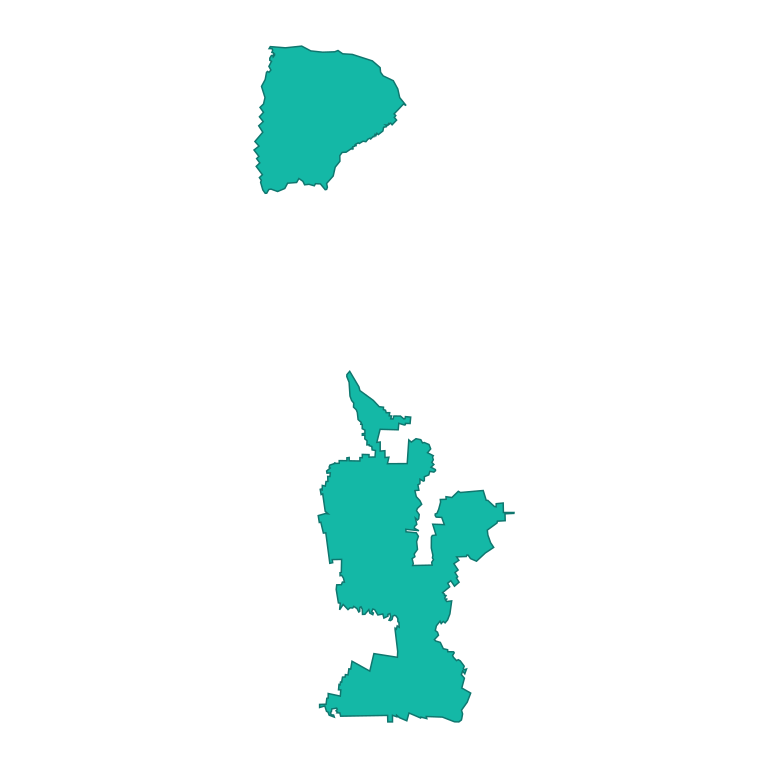 outline of Mecayapan, Veracruz, Mexico
{"feature_id": "50627088B77395732347793", "entity_name": "Mecayapan", "entity_type": "district", "adm_level": 2, "iso_a3": "MEX", "parent_name": "Mexico", "parent_adm1": "Veracruz", "projection": "natural_earth1", "projection_center": [-94.816, 18.315], "detail": "fine", "context": "isolated", "style": "filled", "palette": "teal", "viewbox_px": 768, "rotation_deg": 0, "n_neighbors": 0, "source": "geoboundaries", "source_scale": "gbopen_adm2", "svg_char_len": 6095}
<svg xmlns="http://www.w3.org/2000/svg" viewBox="0 0 768 768"><path d="M466.5,669.0L464.0,669.8L463.3,668.6L464.2,666.2L460.3,660.9L458.3,659.7L456.5,660.6L453.3,657.1L452.6,655.4L454.2,652.9L453.6,651.8L447.8,651.7L447.6,649.7L443.3,648.7L440.3,642.4L435.7,641.0L434.4,639.6L438.5,635.2L437.5,632.2L435.3,630.5L436.4,625.8L440.0,621.2L441.2,623.6L443.2,621.4L445.1,622.9L447.6,619.9L449.9,613.9L451.7,600.9L446.7,601.5L445.6,600.1L447.4,598.5L445.7,599.9L444.7,598.0L446.0,595.6L444.5,595.4L444.6,594.3L442.6,592.6L449.7,586.8L447.7,583.2L450.8,580.7L454.5,586.2L459.1,582.2L456.4,578.0L457.7,576.8L455.0,572.5L458.1,570.0L453.9,563.7L458.9,560.3L456.6,556.9L466.3,556.5L467.0,555.0L468.2,555.2L470.5,558.6L476.5,561.2L485.3,553.0L493.7,547.4L490.6,542.7L487.9,535.1L487.3,530.1L497.0,523.0L497.4,521.2L505.2,520.7L505.0,513.8L513.9,513.4L514.0,512.5L503.4,512.5L503.2,503.0L496.2,503.7L496.1,506.8L494.4,506.5L487.8,500.4L486.2,500.3L483.2,490.5L460.4,492.5L458.3,491.3L451.9,497.5L446.0,496.7L446.1,499.3L440.3,499.5L440.6,502.1L438.7,509.2L437.0,513.3L435.2,514.0L435.2,515.6L436.2,517.1L441.7,517.4L444.3,524.6L432.7,524.2L436.0,535.0L432.3,535.5L431.4,537.1L431.3,548.0L432.9,555.3L432.4,557.9L433.5,559.6L431.7,562.3L432.1,565.1L412.6,565.5L413.3,563.6L412.1,558.6L414.9,556.7L414.2,554.0L417.5,549.4L416.6,541.6L418.4,536.3L416.3,532.8L406.0,531.8L405.8,529.3L418.9,530.7L414.3,528.2L414.7,526.3L416.8,524.4L415.4,518.1L417.5,520.0L418.7,518.8L419.2,514.5L416.5,510.7L417.4,508.4L421.7,504.3L419.9,500.6L416.3,496.7L414.9,490.6L418.9,490.2L417.9,484.8L419.9,483.7L420.0,479.2L423.3,481.1L424.3,480.7L424.4,476.7L428.8,474.9L429.8,471.4L433.9,472.1L435.5,470.7L435.4,469.6L431.0,467.2L433.9,464.5L431.8,462.4L433.3,459.8L432.5,456.9L433.3,455.7L427.5,452.7L430.7,448.9L429.0,444.5L424.2,442.5L422.5,442.9L420.8,439.7L416.0,438.7L411.3,442.1L408.8,439.9L407.2,463.6L387.4,463.7L388.9,457.2L385.0,457.5L384.9,450.7L380.2,451.1L380.2,442.0L376.8,442.4L380.1,429.3L398.2,429.8L398.8,423.3L404.3,425.0L405.3,424.7L405.4,423.4L410.1,423.5L410.7,417.1L405.4,416.6L405.0,418.7L403.8,418.9L400.5,416.1L393.9,416.0L393.0,419.0L390.7,418.8L391.6,416.0L389.2,415.8L389.7,412.7L386.2,412.7L385.5,410.2L383.4,409.6L383.5,407.2L379.2,406.7L373.3,400.4L359.9,390.6L358.9,386.8L349.7,371.3L346.9,374.6L346.8,376.6L349.1,382.3L350.0,396.1L351.6,400.5L353.7,403.0L353.5,407.1L356.2,409.7L357.3,412.4L358.1,419.6L361.2,422.4L360.8,424.3L362.2,424.4L362.2,428.7L364.9,430.1L364.9,433.3L362.3,433.7L362.3,435.3L364.9,435.1L364.8,438.9L367.0,440.6L366.9,444.9L369.2,444.7L369.2,445.7L371.8,446.5L372.1,449.9L375.5,450.5L375.0,457.0L369.0,457.1L369.0,454.6L362.3,454.4L362.3,457.7L359.9,457.6L359.9,461.0L349.2,460.8L349.2,457.5L346.9,457.8L346.9,460.7L339.2,460.6L339.2,463.3L335.5,463.4L334.5,462.4L334.8,463.4L329.9,465.1L329.1,467.1L330.2,468.0L326.6,471.0L327.0,473.2L330.3,472.9L329.9,476.5L327.7,476.4L327.9,481.4L326.0,481.5L325.3,486.1L322.3,485.4L322.2,490.8L322.0,488.8L320.2,489.3L321.1,494.6L322.7,493.9L325.2,511.3L328.1,513.8L325.5,513.5L318.2,515.6L319.3,522.5L320.8,522.2L323.4,533.1L325.8,532.8L329.8,563.3L332.7,562.7L332.2,559.6L341.6,559.4L341.3,572.4L340.0,572.7L340.1,575.7L341.6,575.3L343.4,578.0L344.4,582.1L342.4,582.1L341.4,584.7L336.7,584.8L336.2,589.4L338.4,602.9L340.3,603.2L339.6,609.8L343.2,604.5L348.0,609.6L350.1,607.8L352.7,608.0L353.8,606.4L357.0,608.6L358.8,612.0L359.7,611.4L359.9,607.4L361.0,606.8L362.3,609.3L362.5,614.4L364.9,614.3L368.8,609.6L369.8,613.1L372.8,614.7L373.4,613.0L371.6,611.7L372.9,609.0L374.7,609.7L377.9,615.0L382.8,614.0L383.9,618.1L388.0,616.1L387.9,614.4L389.9,613.6L390.7,616.8L389.0,620.2L390.5,620.6L392.1,619.4L392.9,616.1L394.6,615.3L396.1,616.0L397.8,618.5L397.9,621.7L398.9,622.3L399.2,627.2L397.2,625.9L396.4,629.2L395.1,628.1L395.0,628.9L397.7,651.5L397.4,657.3L373.9,653.6L369.8,671.1L352.0,661.2L350.7,669.1L348.9,668.8L348.0,674.9L345.4,674.6L345.1,677.0L342.5,677.1L341.6,682.2L340.5,682.0L340.0,684.9L339.0,684.5L338.5,689.8L340.8,689.9L340.3,696.1L328.2,693.5L328.2,698.0L326.8,698.3L326.1,704.2L319.6,704.4L319.6,707.5L324.8,706.0L326.5,711.3L328.0,712.1L329.2,715.2L334.3,717.1L333.6,715.0L331.2,714.8L330.4,712.3L331.4,711.8L331.8,708.9L336.6,708.1L337.3,709.3L336.0,710.8L337.4,712.0L336.9,712.8L339.9,713.0L340.6,716.2L387.6,715.4L387.8,721.9L392.5,721.9L392.5,715.3L396.8,716.8L396.7,715.3L399.5,717.7L406.8,720.8L409.0,713.0L420.6,718.0L420.9,717.1L426.8,718.6L426.3,716.5L442.4,717.1L454.5,721.8L458.9,721.9L461.4,720.0L461.8,718.3L462.6,713.9L461.5,710.2L467.2,702.2L470.7,693.1L461.8,688.0L464.4,678.2L461.4,674.7L462.6,671.0L464.8,673.8L466.5,669.0ZM314.3,185.8L315.5,183.7L320.4,183.9L325.2,189.7L326.6,189.4L327.4,187.2L326.6,183.5L333.2,176.0L335.2,167.2L339.9,161.3L339.8,155.6L342.2,152.4L346.1,152.2L351.2,148.7L352.0,149.1L352.2,148.1L353.0,148.5L352.8,146.8L354.8,146.2L354.8,145.2L356.1,145.5L355.9,144.1L358.2,142.9L359.3,143.5L363.0,141.2L365.9,141.7L368.0,139.1L370.0,138.2L370.7,139.0L373.0,136.6L373.9,136.8L375.0,134.5L375.8,135.8L376.9,133.3L378.3,134.6L382.9,131.0L383.6,127.3L386.4,126.7L386.8,125.9L385.7,125.0L387.6,125.2L389.2,122.8L389.0,124.4L390.7,123.1L392.1,124.8L396.6,120.1L394.3,117.4L395.8,115.6L394.1,113.9L403.4,104.1L406.1,105.5L399.7,97.6L397.8,89.0L393.3,80.7L383.2,75.9L380.6,72.3L380.1,67.6L372.4,60.9L352.3,54.4L342.7,53.8L338.0,50.5L334.7,51.8L322.7,52.2L310.8,50.9L301.7,46.1L285.4,47.8L270.3,46.6L269.1,48.6L272.0,48.7L272.7,50.1L271.9,52.4L273.4,52.7L273.6,54.9L274.5,54.2L274.6,55.1L273.2,56.9L272.9,55.5L271.4,55.5L269.8,58.1L269.8,60.3L271.5,61.3L268.9,66.4L270.9,70.0L269.0,72.3L267.5,71.4L266.5,72.4L265.2,79.5L261.5,86.4L265.0,97.6L263.5,104.0L260.0,107.4L263.5,112.3L259.4,116.8L263.2,121.6L258.7,125.8L262.8,132.2L254.9,141.5L259.0,146.1L254.0,150.0L258.9,156.4L256.6,158.6L259.8,162.9L256.2,166.4L262.4,174.7L259.4,177.6L261.3,180.3L260.6,182.3L262.8,189.9L265.2,193.3L266.7,193.2L268.8,189.5L271.0,189.1L277.6,191.5L284.8,188.5L287.6,183.2L296.6,182.5L298.9,178.5L302.9,181.3L304.6,184.8L309.0,184.3L314.3,185.8Z" fill="#14b8a6" stroke="#0f766e" stroke-width="1.5"/></svg>